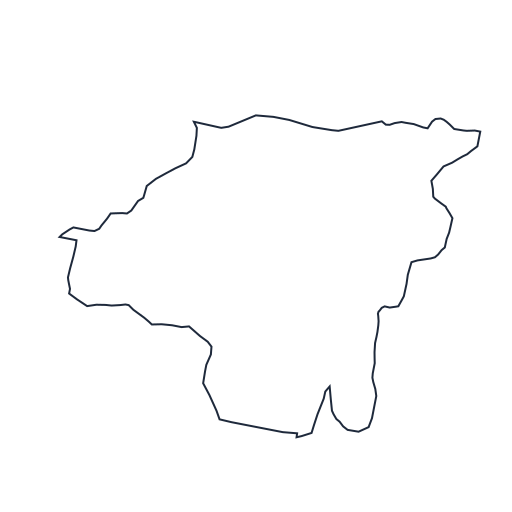 Tilkaef, Ninawa, Iraq (Mercator projection), rotated 11°
{"feature_id": "34846034B79516785973946", "entity_name": "Tilkaef", "entity_type": "district", "adm_level": 2, "iso_a3": "IRQ", "parent_name": "Iraq", "parent_adm1": "Ninawa", "projection": "mercator", "projection_center": [43.046, 36.575], "detail": "fine", "context": "isolated", "style": "outline", "palette": "slate", "viewbox_px": 512, "rotation_deg": 11, "n_neighbors": 0, "source": "geoboundaries", "source_scale": "gbopen_adm2", "svg_char_len": 2274}
<svg xmlns="http://www.w3.org/2000/svg" viewBox="0 0 512 512"><g transform="rotate(11 256 256)"><path d="M405.3,278.2L407.4,271.8L408.8,267.4L409.1,254.7L408.6,245.4L409.8,232.4L415.4,229.5L427.9,225.1L431.9,223.1L434.5,219.8L437.1,214.8L439.7,211.6L439.9,202.8L441.1,196.3L441.3,191.3L441.6,181.4L437.8,177.0L433.8,172.8L432.9,171.4L427.7,169.0L420.6,165.5L418.7,164.0L416.8,156.4L413.8,148.7L418.0,141.4L423.0,132.3L430.7,127.0L435.5,122.6L439.9,118.8L443.9,115.8L447.0,112.0L452.4,106.1L452.4,91.1L446.8,91.1L439.0,92.9L435.7,93.2L426.3,93.5L421.1,90.0L417.5,87.9L414.3,86.4L411.0,85.8L406.0,87.3L403.2,90.5L400.1,97.9L395.6,97.9L385.7,96.4L377.3,96.7L373.3,96.7L366.7,99.1L362.2,101.7L358.4,102.3L353.8,99.8L313.0,117.4L306.5,118.0L287.9,118.6L286.8,118.6L286.5,118.6L262.7,116.1L261.3,116.1L248.0,116.1L246.6,116.1L229.0,118.0L204.4,134.3L197.5,136.8L197.4,136.8L196.1,136.8L170.8,136.1L169.4,136.1L173.5,141.5L174.6,149.4L175.1,163.1L174.6,170.9L169.7,178.4L160.1,185.3L152.6,191.4L143.1,199.3L135.4,208.1L134.6,217.4L134.3,220.4L129.7,224.5L124.9,235.2L121.2,238.9L116.5,239.4L109.8,240.9L105.2,242.0L102.7,247.7L98.5,255.5L96.9,259.2L92.7,262.3L87.6,262.8L81.8,262.8L77.2,262.8L71.3,262.8L68.0,265.5L61.7,271.7L59.6,274.8L76.8,274.8L77.2,281.1L76.8,291.5L75.9,303.5L75.5,312.9L76.3,315.5L78.0,319.7L79.7,323.8L79.7,328.5L88.5,332.7L99.8,337.4L108.6,334.3L117.8,332.7L123.7,332.2L132.0,330.1L137.1,328.5L140.4,328.5L145.9,332.2L158.0,337.9L163.5,341.0L166.8,343.1L176.4,341.0L186.9,340.0L196.5,340.0L203.7,337.9L216.2,345.2L225.0,349.4L229.6,353.5L230.5,361.3L228.0,372.3L228.0,379.0L228.4,391.0L236.8,401.4L246.8,415.5L251.4,423.3L263.6,423.8L284.5,423.8L315.9,423.8L330.2,422.2L330.4,426.2L335.1,424.1L344.3,419.1L345.2,410.7L346.6,399.5L349.7,383.1L349.9,375.8L353.2,370.0L356.8,382.5L360.1,393.4L362.4,396.6L366.0,400.7L369.7,402.7L374.0,406.6L379.1,409.2L390.2,408.9L399.2,402.5L399.7,399.5L400.8,393.1L400.8,388.7L400.8,376.4L400.8,370.5L398.5,363.8L395.2,357.4L393.5,353.3L393.0,348.9L393.0,342.4L393.0,338.6L391.9,333.6L390.7,327.8L389.5,318.7L389.7,312.5L389.7,307.5L389.3,300.8L388.8,296.7L387.4,291.4L386.7,289.4L386.9,287.3L387.9,285.8L389.3,282.9L391.9,280.9L397.1,281.1L402.9,279.1L405.3,278.2Z" fill="none" stroke="#1e293b" stroke-width="2"/></g></svg>